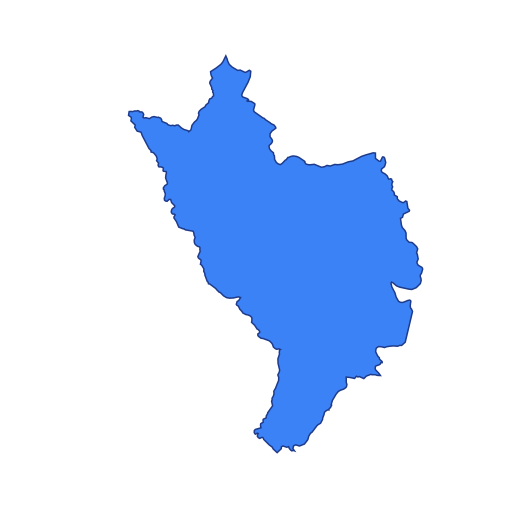 San Felipe Tepatlán, Puebla, Mexico, rotated 291°
{"feature_id": "50627088B44475495738204", "entity_name": "San Felipe Tepatlán", "entity_type": "district", "adm_level": 2, "iso_a3": "MEX", "parent_name": "Mexico", "parent_adm1": "Puebla", "projection": "mercator", "projection_center": [-97.789, 20.119], "detail": "fine", "context": "isolated", "style": "filled", "palette": "blue", "viewbox_px": 512, "rotation_deg": 291, "n_neighbors": 0, "source": "geoboundaries", "source_scale": "gbopen_adm2", "svg_char_len": 6121}
<svg xmlns="http://www.w3.org/2000/svg" viewBox="0 0 512 512"><g transform="rotate(291 256 256)"><path d="M138.4,379.2L139.4,379.0L141.4,379.9L142.5,379.8L143.3,380.1L144.0,380.0L144.3,379.4L148.7,379.1L155.8,380.3L159.0,381.4L160.7,382.7L163.3,385.7L165.3,387.0L166.3,387.3L168.7,386.9L170.3,385.6L175.3,383.6L176.3,387.4L177.0,391.9L179.7,392.8L179.6,394.5L180.5,395.8L180.2,400.6L183.5,402.1L186.7,405.7L186.7,406.7L187.9,409.9L188.0,412.0L189.0,415.0L190.5,412.8L192.6,408.4L193.6,407.6L195.6,407.1L196.4,407.4L198.8,410.2L199.3,410.6L201.2,410.8L201.4,411.9L201.9,412.0L202.7,411.5L203.9,408.3L205.2,407.6L206.2,405.5L209.4,402.1L211.7,401.4L213.3,401.4L215.3,402.8L216.2,405.5L216.6,408.8L217.9,410.2L219.6,413.0L221.3,416.5L222.5,420.5L224.1,422.3L224.7,424.0L229.0,426.2L260.3,422.0L262.2,420.2L262.6,419.2L264.5,417.9L269.4,416.7L269.8,416.1L269.9,415.3L269.0,413.8L265.3,409.8L264.5,407.5L264.8,405.3L267.9,401.5L271.4,398.9L275.8,393.9L279.1,391.7L280.2,391.9L280.1,393.3L278.5,397.9L278.4,401.2L279.8,410.3L280.6,413.5L283.9,417.0L289.1,419.3L292.2,419.0L294.4,417.9L295.6,416.7L297.4,416.2L299.0,416.7L303.6,416.3L304.8,415.1L305.5,410.9L306.1,409.9L307.8,408.4L311.3,408.5L315.5,405.9L316.4,404.8L320.6,404.4L322.3,402.5L324.2,398.0L324.5,396.7L323.7,394.0L325.0,391.1L326.3,389.8L331.3,387.8L333.1,386.0L335.0,382.4L336.8,380.8L342.9,377.4L344.6,378.9L348.0,378.6L352.7,383.0L353.8,382.9L355.0,380.7L360.9,377.3L361.0,376.0L358.7,374.6L358.4,373.5L358.7,369.9L360.0,367.5L362.0,366.6L362.6,363.2L364.1,362.7L365.4,361.4L366.3,359.2L367.5,358.7L369.5,358.8L370.9,357.4L372.9,356.9L374.4,357.1L375.3,355.6L376.3,355.1L376.4,354.0L375.5,352.9L375.4,352.1L377.8,349.8L378.9,347.0L379.3,343.7L380.6,342.3L382.4,342.1L385.4,343.9L387.0,343.9L389.8,343.6L393.5,341.0L394.2,339.8L393.8,338.6L389.1,338.2L388.6,336.9L389.9,332.6L394.9,330.6L394.3,328.4L389.9,322.5L386.8,318.8L379.5,312.4L377.0,308.4L372.7,303.7L370.5,299.6L369.7,296.7L366.6,293.1L366.0,289.8L363.9,287.9L362.3,285.3L362.5,277.6L360.2,273.1L359.7,269.9L361.1,267.7L361.8,267.7L363.4,260.9L363.5,258.1L362.7,254.8L361.4,252.8L359.6,251.0L359.5,250.5L356.8,249.7L355.8,248.9L351.9,247.3L350.0,245.9L350.0,243.2L350.7,241.4L352.8,238.8L356.1,237.3L357.0,236.1L358.6,235.3L359.6,232.3L360.9,230.2L363.0,228.9L363.9,228.7L366.8,230.1L368.6,230.3L369.6,230.0L370.7,229.0L372.3,226.4L375.2,225.3L378.3,226.1L382.4,228.7L383.2,228.3L384.7,226.0L385.0,222.5L385.4,221.6L386.7,215.8L387.4,214.6L387.4,212.9L389.9,203.0L390.3,202.2L391.7,201.3L396.7,200.8L397.8,200.2L398.6,196.1L397.4,192.3L398.1,192.1L398.8,193.2L399.4,192.9L399.8,191.2L399.7,186.7L400.5,185.4L401.3,185.0L404.0,184.9L415.2,186.3L421.3,186.4L426.6,184.9L427.0,183.2L424.1,180.9L423.5,179.9L423.9,174.5L422.7,172.5L423.8,166.1L425.3,162.4L427.9,159.6L429.3,158.7L432.0,156.1L425.3,155.5L422.3,154.5L417.3,151.5L411.8,147.5L409.6,148.7L407.6,150.3L406.6,151.7L402.7,150.6L400.9,150.8L397.4,154.3L395.9,154.9L395.1,156.5L394.1,156.6L393.3,157.0L393.0,157.7L390.3,159.0L389.1,158.3L387.5,158.1L386.1,156.5L384.2,156.4L382.0,156.8L379.0,155.1L377.0,154.9L373.3,152.2L370.7,151.1L368.7,151.1L367.9,151.9L366.9,152.2L363.1,152.2L361.4,151.8L358.7,150.4L355.0,149.4L350.6,150.1L347.9,148.7L348.6,147.8L348.3,143.3L348.8,140.6L350.4,136.4L349.6,134.6L348.5,133.7L348.2,131.4L347.1,129.6L347.0,127.4L347.1,126.4L347.8,125.4L347.9,120.1L349.6,118.9L350.5,117.7L350.6,115.1L350.1,114.5L349.6,110.8L348.4,109.0L346.0,107.2L345.7,103.6L344.8,102.2L344.8,101.6L345.1,100.7L347.7,100.5L348.8,99.6L349.6,98.0L348.8,95.4L349.3,95.1L349.4,93.6L348.3,92.1L348.1,91.0L346.4,88.8L346.3,87.8L345.4,85.8L341.6,86.6L340.9,89.4L340.1,90.3L337.3,90.8L334.9,96.4L332.7,96.6L330.0,100.3L330.4,104.3L327.6,106.7L318.0,117.6L316.8,120.2L315.5,120.7L315.7,123.3L313.7,126.9L311.3,129.0L309.4,129.0L307.8,131.7L305.6,132.1L304.6,133.1L304.4,133.4L305.1,135.3L305.2,137.0L304.9,138.0L302.2,138.7L302.0,139.3L302.6,141.9L301.2,142.7L300.1,142.7L296.5,143.6L292.5,147.1L291.4,147.4L288.8,145.6L286.4,145.1L285.2,145.6L284.8,146.7L283.8,147.0L281.7,149.0L279.7,149.6L277.0,149.7L275.4,150.5L274.9,151.8L275.2,153.4L277.8,154.7L278.2,156.0L275.6,158.1L273.7,162.2L272.4,162.4L270.4,161.0L269.1,160.7L267.2,160.9L266.1,161.6L265.3,162.9L265.8,164.9L265.4,165.8L263.2,165.4L262.2,165.7L259.5,169.5L255.3,173.5L255.2,178.3L255.6,178.8L255.1,180.7L256.6,188.4L255.5,189.5L253.5,190.6L251.5,192.5L248.7,192.6L246.7,193.5L245.4,194.6L244.5,196.4L244.1,198.1L244.3,200.0L243.5,200.8L241.8,201.3L240.4,202.2L234.7,201.9L233.8,202.6L233.2,203.6L232.7,205.8L231.8,206.5L228.3,207.1L228.1,208.4L225.6,211.6L224.5,212.3L223.1,212.6L221.4,214.4L219.8,215.2L214.8,219.6L214.4,220.7L213.0,221.6L213.3,222.8L211.2,230.2L210.5,231.2L209.0,234.6L209.1,235.7L207.2,240.0L206.6,243.4L207.1,246.2L208.7,249.9L211.5,254.1L211.7,256.5L208.1,255.8L206.8,254.7L203.9,254.9L203.2,255.7L202.9,257.5L200.5,260.0L198.9,263.3L198.2,263.8L197.7,267.4L198.1,269.6L198.0,271.9L197.1,274.1L194.6,275.2L192.5,275.6L190.9,279.5L188.2,283.2L188.1,284.5L187.0,286.4L185.8,286.9L184.1,285.7L182.8,286.0L181.9,287.0L181.0,290.2L181.5,292.1L181.6,298.9L180.4,301.7L179.3,303.2L177.3,304.8L176.5,306.9L176.3,308.7L177.6,310.7L177.5,312.3L176.5,311.7L173.8,312.5L172.8,313.1L167.9,313.3L163.6,315.1L158.1,318.9L156.2,319.3L152.8,319.0L150.8,320.7L148.0,321.7L139.4,321.6L136.2,321.1L134.0,322.1L131.7,322.4L128.9,322.0L127.4,322.6L126.0,322.6L122.1,325.2L113.9,323.1L113.1,323.3L110.3,322.9L108.5,323.5L106.4,321.4L105.5,321.3L103.5,322.3L101.1,320.5L99.5,320.9L97.4,322.2L93.8,317.5L92.3,317.0L90.4,317.7L89.4,319.2L91.2,320.9L91.0,321.8L89.6,321.5L88.1,321.9L87.3,323.2L87.0,324.7L88.9,326.7L88.9,327.7L87.5,329.0L84.4,336.0L83.4,339.6L82.0,341.2L80.0,346.2L85.0,348.6L87.0,348.1L88.3,349.2L88.5,353.3L89.7,354.7L88.3,356.0L87.3,357.8L86.9,359.2L87.9,360.7L87.9,361.7L89.4,359.5L92.1,359.1L93.9,360.6L94.2,364.7L97.8,368.6L103.1,370.2L106.8,369.8L109.9,370.4L111.7,371.5L119.4,373.7L120.8,374.4L123.0,376.2L127.1,376.7L128.8,376.3L132.5,376.3L134.0,376.0L135.5,376.2L137.8,377.8L138.5,378.8L138.4,379.2Z" fill="#3b82f6" stroke="#1e3a8a" stroke-width="1.5"/></g></svg>